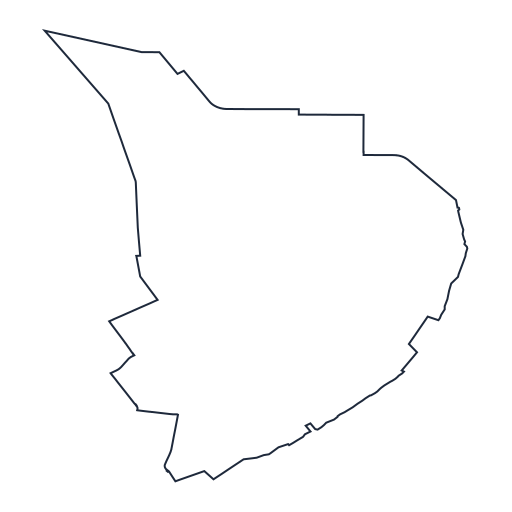 outline of Dronten, Flevoland, Netherlands
{"feature_id": "6326949B76568763288837", "entity_name": "Dronten", "entity_type": "district", "adm_level": 2, "iso_a3": "NLD", "parent_name": "Netherlands", "parent_adm1": "Flevoland", "projection": "equal_earth", "projection_center": [5.68, 52.514], "detail": "fine", "context": "isolated", "style": "outline", "palette": "slate", "viewbox_px": 512, "rotation_deg": 0, "n_neighbors": 0, "source": "geoboundaries", "source_scale": "gbopen_adm2", "svg_char_len": 5252}
<svg xmlns="http://www.w3.org/2000/svg" viewBox="0 0 512 512"><path d="M175.4,481.3L179.5,479.8L194.6,474.5L204.3,471.1L209.6,475.8L213.5,479.3L216.8,477.1L221.4,474.1L227.8,469.8L232.6,466.6L243.6,459.3L252.1,458.3L256.7,457.7L263.8,455.1L268.9,454.3L270.8,453.0L278.5,447.3L288.1,444.1L289.1,445.2L293.1,442.9L297.1,440.4L303.1,436.8L304.9,434.3L310.5,431.5L305.7,425.7L310.4,423.4L315.2,429.1L317.6,429.6L321.4,427.2L323.9,425.1L326.2,422.7L334.0,419.6L337.5,416.9L337.6,416.2L340.0,414.4L344.6,412.2L346.7,410.9L352.7,407.3L357.6,403.7L362.3,400.7L365.5,398.3L369.9,395.5L370.9,395.4L374.9,393.2L377.3,391.5L379.8,389.0L381.3,387.7L384.4,385.4L390.4,381.7L392.2,380.8L395.4,378.8L397.9,376.6L398.5,375.8L402.2,373.4L403.9,371.6L401.7,370.5L413.2,356.9L417.0,352.3L408.9,344.0L410.9,341.1L414.1,336.5L419.7,328.3L425.2,320.3L427.7,316.6L438.4,320.2L439.8,318.3L441.2,314.8L444.7,309.4L444.7,306.2L447.4,299.2L449.1,290.7L451.2,283.5L458.0,276.9L458.5,274.8L458.7,274.1L460.4,269.6L462.2,264.9L465.4,256.2L465.8,253.2L467.3,248.5L466.9,246.8L464.4,244.1L465.1,241.5L464.1,239.3L462.6,234.0L463.3,229.8L461.0,222.9L460.6,221.4L458.3,211.7L458.1,210.5L459.3,209.5L459.0,207.9L458.9,207.8L458.6,207.7L458.3,207.6L457.5,207.6L456.0,200.1L445.5,191.3L423.9,173.2L408.4,160.1L407.8,159.6L407.2,159.2L406.6,158.8L405.9,158.4L405.7,158.2L405.4,158.0L405.2,158.0L405.1,157.9L404.8,157.7L404.7,157.7L404.4,157.5L404.2,157.4L403.9,157.3L403.7,157.2L403.3,157.0L403.2,157.0L403.1,156.9L402.9,156.9L402.7,156.8L402.5,156.7L402.3,156.6L402.0,156.5L401.7,156.4L401.4,156.3L401.2,156.3L401.0,156.2L400.8,156.1L400.7,156.1L400.4,156.0L400.1,155.9L399.8,155.9L399.6,155.8L399.4,155.8L399.2,155.7L398.7,155.6L398.3,155.5L398.0,155.5L397.6,155.4L397.4,155.4L397.2,155.4L396.7,155.3L396.4,155.3L396.3,155.2L396.2,155.2L395.9,155.2L395.7,155.2L395.4,155.2L395.2,155.2L394.9,155.1L394.7,155.1L394.4,155.1L394.0,155.1L393.8,155.1L363.6,155.0L363.6,151.8L363.4,151.8L363.6,114.9L350.4,114.8L333.6,114.8L326.8,114.7L320.0,114.7L298.8,114.6L298.8,109.2L273.0,109.1L271.9,109.1L264.9,109.1L257.8,109.1L253.1,109.1L250.7,109.1L244.6,109.1L227.7,109.0L226.9,109.0L226.6,109.0L226.1,109.0L225.8,109.0L225.3,108.9L224.8,108.9L224.5,108.9L224.2,108.9L223.7,108.8L223.4,108.7L222.9,108.7L222.5,108.6L222.1,108.5L221.7,108.4L221.3,108.3L221.0,108.3L220.6,108.2L220.2,108.1L219.9,108.0L219.5,107.9L219.0,107.7L218.3,107.5L217.9,107.3L217.5,107.2L217.1,107.0L216.7,106.9L216.4,106.7L216.0,106.5L215.4,106.2L215.0,106.0L214.6,105.8L214.3,105.6L214.1,105.5L213.8,105.3L213.5,105.1L213.1,104.9L212.9,104.7L212.5,104.4L212.2,104.2L211.9,104.0L211.6,103.7L211.4,103.5L211.1,103.3L211.0,103.2L210.8,103.0L210.6,102.8L210.3,102.5L210.1,102.2L209.8,102.0L209.6,101.7L209.3,101.4L209.2,101.2L208.8,100.8L201.2,91.6L197.4,87.1L193.6,82.5L189.8,78.0L186.0,73.4L183.8,70.8L177.5,73.9L159.4,52.2L141.5,52.1L44.7,30.7L108.3,103.6L113.3,118.0L118.0,131.3L118.9,133.9L119.0,134.1L121.7,141.6L123.4,146.6L123.5,146.9L124.8,150.6L130.0,165.2L134.0,176.7L135.6,181.1L135.8,182.7L136.7,203.5L137.8,227.8L139.0,242.1L140.2,255.7L136.3,255.9L136.4,256.2L140.2,276.5L148.9,288.2L157.6,299.9L157.4,300.0L154.6,301.2L150.0,303.3L145.4,305.3L140.8,307.3L127.0,313.4L122.5,315.4L117.9,317.4L113.3,319.4L113.3,319.5L109.2,321.3L112.1,325.3L115.1,329.3L117.8,332.9L118.1,333.3L120.6,336.6L124.6,342.0L125.0,342.6L125.4,343.1L125.5,343.2L125.5,343.3L126.1,344.0L126.7,344.9L128.3,347.2L129.7,349.1L131.0,351.1L133.1,354.0L133.2,354.3L133.4,354.5L133.8,354.9L133.9,355.0L134.0,355.0L134.0,354.9L134.3,355.3L133.7,355.6L132.8,356.0L131.8,356.5L131.3,356.8L130.8,357.0L130.3,357.4L129.9,357.7L129.6,357.9L129.3,358.1L129.0,358.4L128.6,358.7L128.2,359.2L127.8,359.6L127.3,360.2L126.9,360.7L125.1,362.6L122.1,366.0L121.7,366.4L121.4,366.8L121.1,367.1L120.8,367.4L120.4,367.7L120.1,368.0L119.8,368.3L119.5,368.5L119.2,368.8L118.4,369.3L118.1,369.5L117.7,369.8L117.3,370.0L116.8,370.2L116.4,370.5L115.9,370.7L114.2,371.5L110.6,373.2L110.9,373.6L111.2,374.0L111.5,374.4L115.7,379.6L116.3,380.4L116.6,380.8L117.3,381.7L118.3,383.0L119.2,384.1L125.6,392.2L134.2,403.2L135.0,404.1L135.5,404.1L136.2,405.0L135.8,405.1L135.9,405.3L136.8,406.4L137.0,406.6L137.1,406.9L137.3,407.2L137.4,407.6L137.5,407.9L137.5,408.3L137.5,408.7L137.5,409.0L137.2,410.1L137.3,410.1L137.5,410.3L142.3,410.9L149.0,411.7L150.3,411.8L150.6,411.8L150.9,411.9L151.2,411.9L151.6,412.0L152.3,412.0L159.1,412.8L169.5,414.0L171.6,414.2L172.1,414.2L172.6,414.3L173.1,414.3L173.7,414.3L174.8,414.3L176.4,414.3L177.3,414.4L177.5,414.4L177.8,414.3L177.8,414.2L178.0,414.1L178.1,413.9L177.8,415.7L177.7,416.0L177.6,416.7L175.9,425.7L175.1,429.9L174.3,433.9L173.8,436.5L173.7,436.9L173.7,437.0L172.4,443.9L172.1,445.4L171.8,447.0L171.7,447.6L171.5,448.4L171.4,449.3L171.1,450.1L170.9,450.9L170.6,451.7L170.5,452.1L170.2,452.8L169.8,453.7L169.5,454.5L168.4,456.9L166.4,461.1L165.2,463.9L165.0,464.4L164.8,464.9L164.7,465.4L164.7,465.7L164.7,466.2L164.8,466.7L164.9,467.2L165.0,467.5L165.2,467.9L165.5,468.3L165.7,468.7L165.9,469.0L166.3,469.3L166.7,469.6L167.1,470.0L167.5,470.3L166.8,470.9L167.9,471.8L168.7,471.2L168.9,471.4L169.0,471.6L169.4,472.0L169.5,472.3L169.7,472.6L170.0,473.0L172.5,476.9L175.4,481.3Z" fill="none" stroke="#1e293b" stroke-width="2"/></svg>